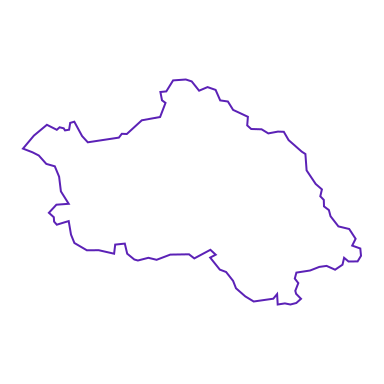 Gallyaaral, Jizzakh, Uzbekistan (Robinson projection)
{"feature_id": "79887680B5401835148625", "entity_name": "Gallyaaral", "entity_type": "district", "adm_level": 2, "iso_a3": "UZB", "parent_name": "Uzbekistan", "parent_adm1": "Jizzakh", "projection": "robinson", "projection_center": [67.391, 39.992], "detail": "fine", "context": "isolated", "style": "outline", "palette": "violet", "viewbox_px": 384, "rotation_deg": 0, "n_neighbors": 0, "source": "geoboundaries", "source_scale": "gbopen_adm2", "svg_char_len": 1445}
<svg xmlns="http://www.w3.org/2000/svg" viewBox="0 0 384 384"><path d="M134.3,259.5L137.9,260.5L148.4,257.8L156.6,259.8L170.3,254.6L189.0,254.3L194.3,258.4L210.4,249.8L215.7,254.7L210.2,257.6L219.8,269.6L226.1,272.0L233.1,280.9L236.0,288.3L245.3,296.4L253.7,301.5L273.3,298.7L277.1,294.1L277.7,304.5L284.9,303.4L290.4,304.5L296.3,303.0L301.0,298.8L296.1,293.8L295.3,290.8L298.3,283.1L294.8,278.6L296.4,272.6L310.1,270.5L319.3,266.9L326.6,265.9L335.1,269.7L342.5,264.7L344.1,257.8L348.5,261.5L357.6,261.4L361.0,255.8L360.3,248.5L352.2,245.6L355.6,238.8L349.2,229.0L338.4,226.4L330.5,216.2L328.9,210.1L324.0,206.4L323.8,199.9L320.3,196.3L321.9,189.4L315.7,184.0L306.6,170.4L305.4,154.0L301.8,151.7L288.6,140.1L283.8,131.8L277.9,131.6L268.3,133.4L261.6,129.3L251.2,129.0L247.2,125.4L247.9,116.8L233.1,109.9L227.9,101.5L220.2,100.4L215.6,89.9L207.5,87.1L199.1,90.7L191.7,81.4L185.8,79.5L173.1,80.4L166.3,91.4L160.4,92.0L162.0,100.3L165.5,102.9L160.1,117.0L141.8,120.3L126.8,134.0L121.8,133.8L118.9,137.6L87.8,142.3L82.1,136.1L74.3,121.7L70.2,122.9L69.1,129.7L65.0,130.4L63.7,128.3L59.6,127.3L56.8,129.8L46.9,124.8L33.9,135.6L23.0,148.6L32.5,152.3L38.8,155.5L46.3,163.9L54.8,166.3L59.1,176.7L60.9,191.4L68.7,203.8L56.4,204.7L48.9,212.8L53.8,217.2L54.1,221.6L56.8,224.7L64.6,222.3L68.7,221.1L71.0,234.6L74.4,243.0L86.9,250.3L98.7,250.2L114.1,253.7L115.2,244.6L124.8,243.6L127.2,253.7L134.3,259.5Z" fill="none" stroke="#5b21b6" stroke-width="2"/></svg>